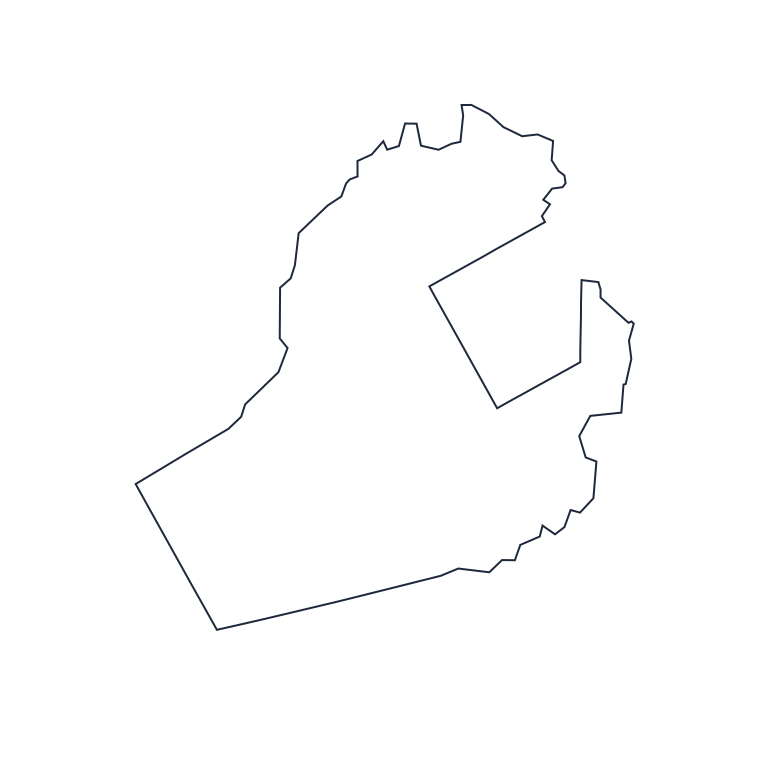 the district of Baltimore, Maryland, United States of America, rotated 241°
{"feature_id": "52423323B66089118468318", "entity_name": "Baltimore", "entity_type": "district", "adm_level": 2, "iso_a3": "USA", "parent_name": "United States of America", "parent_adm1": "Maryland", "projection": "equal_earth", "projection_center": [-76.574, 39.458], "detail": "fine", "context": "isolated", "style": "outline", "palette": "slate", "viewbox_px": 768, "rotation_deg": 241, "n_neighbors": 0, "source": "geoboundaries", "source_scale": "gbopen_adm2", "svg_char_len": 1534}
<svg xmlns="http://www.w3.org/2000/svg" viewBox="0 0 768 768"><g transform="rotate(241 384 384)"><path d="M250.0,118.7L236.8,164.3L216.0,238.6L188.7,340.8L186.6,359.5L168.3,384.8L172.8,401.9L166.4,413.0L177.2,425.2L175.1,446.3L183.3,454.0L169.6,460.7L171.4,472.5L183.3,486.1L176.5,493.1L182.6,511.8L213.2,532.2L222.0,524.8L243.8,529.5L256.1,549.0L243.9,577.7L267.4,593.2L266.8,595.4L286.1,612.5L298.9,617.6L303.2,619.3L315.7,631.7L318.7,630.8L319.0,627.5L354.6,615.3L361.6,619.2L369.2,620.9L379.1,607.2L359.4,595.6L347.4,588.9L328.3,577.8L317.4,571.5L308.0,566.3L307.9,556.6L308.0,488.9L308.0,480.4L307.9,471.2L373.3,471.1L407.1,471.0L416.5,471.0L436.3,470.9L447.4,471.0L447.4,486.7L447.4,487.7L447.4,533.4L447.6,546.9L447.6,603.3L454.3,603.5L460.7,616.3L467.9,612.6L471.2,620.6L473.4,625.7L469.6,635.6L471.6,640.2L478.9,642.9L485.7,639.9L498.4,639.1L499.9,640.1L510.6,647.1L514.6,649.7L527.8,639.3L533.7,625.0L548.2,614.8L550.7,613.0L569.2,606.7L585.7,595.7L590.4,587.1L580.6,583.5L559.1,568.5L558.8,568.2L561.3,559.8L561.4,559.5L562.4,545.3L562.6,545.1L573.5,533.0L574.6,531.9L593.1,537.8L595.9,538.7L601.6,528.7L584.9,512.4L585.5,509.5L586.6,504.1L587.4,500.4L596.7,501.1L590.7,484.5L591.9,468.9L578.7,461.7L578.4,461.6L579.5,453.1L577.8,448.1L568.7,437.6L567.4,421.1L557.3,382.5L531.0,363.6L521.6,353.6L518.6,339.8L474.4,314.9L462.2,317.1L445.5,297.4L433.5,252.7L424.6,243.2L420.2,226.2L419.0,177.6L416.9,118.3L386.0,118.3L318.6,118.4L307.5,118.4L304.7,118.4L250.0,118.7Z" fill="none" stroke="#1e293b" stroke-width="2"/></g></svg>